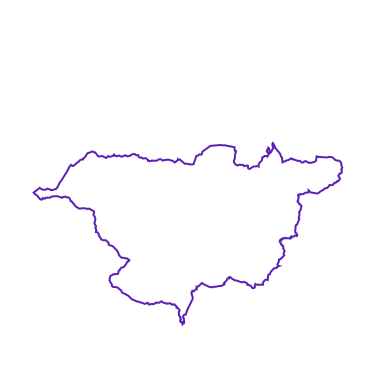 Bisoca, Buzau, Romania (Albers equal-area conic projection), rotated 313°
{"feature_id": "2599482B15447041299262", "entity_name": "Bisoca", "entity_type": "district", "adm_level": 2, "iso_a3": "ROU", "parent_name": "Romania", "parent_adm1": "Buzau", "projection": "albers", "projection_center": [26.695, 45.563], "detail": "fine", "context": "isolated", "style": "outline", "palette": "violet", "viewbox_px": 384, "rotation_deg": 313, "n_neighbors": 0, "source": "geoboundaries", "source_scale": "gbopen_adm2", "svg_char_len": 5962}
<svg xmlns="http://www.w3.org/2000/svg" viewBox="0 0 384 384"><g transform="rotate(313 192 192)"><path d="M227.8,296.0L228.5,296.7L230.4,296.9L231.2,298.7L232.0,298.5L232.5,298.2L233.0,296.7L232.8,295.4L233.3,294.6L238.3,290.6L239.6,291.1L245.5,288.9L245.8,287.7L248.0,286.6L249.9,284.9L250.1,284.1L253.3,283.5L256.4,281.6L256.3,280.5L256.8,279.8L256.3,278.8L256.9,277.7L256.8,276.0L257.7,275.2L258.5,275.4L259.7,274.1L261.1,273.7L261.6,272.0L262.1,271.6L263.3,272.1L263.5,272.7L264.2,272.5L266.3,274.8L268.8,275.3L270.6,277.2L271.4,277.3L272.7,276.1L272.6,279.0L276.2,284.5L276.9,285.0L281.2,285.8L282.6,286.5L285.3,286.7L286.8,288.0L288.6,288.2L291.0,287.8L292.2,289.6L293.2,290.2L294.9,289.9L295.5,290.3L296.1,290.0L297.5,291.1L299.1,290.8L299.7,291.6L302.8,291.2L303.6,288.0L306.3,287.4L307.1,288.3L308.3,288.3L309.7,287.2L310.3,285.7L312.2,285.4L313.2,283.3L315.0,281.4L315.4,278.8L315.0,277.8L313.8,276.6L313.1,274.8L313.3,271.6L312.3,269.6L311.4,268.5L309.6,267.4L308.0,265.6L303.7,260.2L303.1,258.9L299.3,261.4L297.5,261.1L294.0,258.7L292.7,256.9L292.4,254.7L291.6,253.6L289.4,253.1L288.4,252.2L288.3,249.5L287.0,248.5L286.8,247.6L285.4,244.9L285.0,243.4L284.3,243.1L284.3,241.6L280.8,240.6L279.8,239.7L275.4,238.0L278.5,234.4L278.5,233.6L280.2,229.7L281.0,223.1L282.9,218.6L282.9,217.7L282.0,218.0L280.9,219.1L280.2,220.7L280.1,221.7L278.9,221.5L275.2,222.6L274.8,222.3L274.9,220.7L276.4,218.8L276.4,217.6L274.9,218.2L274.7,218.7L274.4,218.2L274.0,218.3L273.7,218.8L272.6,219.1L272.5,220.9L273.4,222.4L271.8,222.2L269.4,223.1L268.8,221.5L267.8,220.4L266.8,220.6L265.0,219.8L264.0,220.9L262.5,221.6L259.5,221.4L257.1,222.3L256.1,223.4L255.8,222.5L252.1,219.3L248.2,218.5L247.6,217.4L247.8,216.5L249.3,215.1L249.0,214.2L246.4,212.5L246.6,210.6L244.9,209.1L244.4,208.1L242.3,207.0L241.8,204.8L242.5,202.1L243.8,201.1L245.8,200.5L247.7,198.7L251.8,196.4L251.3,195.8L251.7,195.3L251.7,194.7L253.7,192.5L248.3,183.8L246.9,182.5L245.5,180.5L238.3,174.0L228.7,172.1L226.7,173.3L225.7,173.4L224.5,171.7L222.7,171.5L221.4,170.6L213.6,174.1L212.7,173.7L210.9,172.0L210.7,171.2L209.9,170.4L209.5,169.3L207.7,167.5L207.5,161.1L206.4,160.3L206.4,159.3L205.5,159.9L201.9,159.2L201.6,156.7L199.9,153.2L199.1,152.1L197.8,151.4L197.3,150.5L195.1,149.3L194.8,147.3L194.3,146.4L192.9,145.3L191.5,145.2L189.7,143.8L187.7,141.3L185.5,140.0L185.4,138.4L184.9,138.3L185.4,137.2L185.3,135.2L183.0,133.3L182.9,131.8L181.7,130.5L181.3,128.9L182.3,127.5L180.8,126.2L180.7,124.4L180.1,123.4L178.3,122.4L175.5,121.7L173.7,119.8L173.8,119.2L173.3,118.1L170.1,116.7L169.3,115.5L169.1,114.0L166.6,112.5L166.4,111.3L165.9,110.7L166.2,109.4L164.4,109.5L162.6,108.5L161.7,107.9L161.1,106.2L158.4,106.1L157.1,101.8L154.3,99.6L154.2,98.4L154.9,94.2L154.7,93.6L154.2,93.3L154.0,92.1L153.4,91.2L151.0,90.3L149.5,89.3L148.2,89.2L144.8,90.0L142.5,89.6L141.6,90.1L141.3,89.5L138.6,88.3L136.9,88.5L134.5,87.8L131.7,87.8L129.6,87.0L129.4,85.0L126.9,85.1L122.1,86.5L111.7,88.6L108.7,88.8L104.3,90.2L101.7,90.5L98.3,88.6L97.1,87.4L97.0,86.3L95.8,83.9L93.9,83.5L92.0,81.4L91.4,79.6L91.2,77.8L83.6,76.6L83.4,79.3L83.9,81.5L83.3,83.3L83.4,84.0L83.1,85.3L83.8,87.3L85.8,87.0L86.4,88.8L88.1,88.9L88.8,89.9L89.6,90.3L90.8,92.0L92.6,92.2L95.6,94.8L97.1,96.4L99.2,100.9L100.4,101.0L100.8,101.7L102.1,102.4L102.6,103.2L102.7,104.2L103.9,105.5L103.8,107.3L102.6,109.5L103.0,109.9L103.1,110.8L102.5,112.7L102.8,114.1L102.3,115.1L102.1,116.7L102.9,120.8L106.7,124.3L107.8,126.4L109.6,128.0L111.0,133.4L110.5,134.3L108.5,135.1L108.1,135.7L107.4,138.2L106.0,140.1L102.5,142.0L101.4,145.3L99.9,145.8L99.0,147.8L97.1,149.1L97.9,150.2L97.9,151.7L97.8,152.3L96.4,153.7L96.5,154.8L95.4,158.2L96.7,160.7L97.7,161.5L98.0,162.3L97.9,165.7L96.7,166.9L96.6,167.5L97.8,169.7L98.3,171.0L98.2,173.2L98.0,176.7L97.6,178.7L95.9,182.1L95.9,185.1L99.1,189.8L99.4,192.7L98.1,193.0L97.1,192.3L96.5,192.3L93.6,193.1L91.1,193.3L90.4,193.2L88.3,191.9L86.3,192.1L85.7,192.5L84.5,192.0L81.9,193.7L80.5,192.9L78.6,190.8L74.8,189.6L71.4,191.6L70.4,193.8L69.8,196.3L68.7,197.5L68.6,198.8L70.6,201.2L71.5,203.3L71.4,204.9L71.8,207.4L70.8,208.8L71.2,211.4L71.6,211.9L72.7,216.1L72.5,221.0L74.4,226.3L75.8,228.7L75.9,229.5L76.7,230.5L78.0,233.8L79.5,234.5L80.0,235.3L80.7,235.2L80.9,236.1L80.4,237.3L80.9,237.9L82.7,238.9L83.6,240.3L87.0,241.5L88.5,243.4L91.3,244.2L91.3,246.2L92.7,248.5L92.9,249.6L93.9,250.1L94.2,250.8L95.6,251.7L96.0,252.9L95.8,253.9L96.5,254.4L96.7,255.1L97.8,255.6L97.7,258.9L96.8,259.6L97.6,261.2L96.8,263.9L94.9,264.3L94.1,265.6L93.1,266.3L92.6,267.8L92.6,269.1L91.4,269.8L91.3,270.7L90.0,270.9L89.3,271.9L89.2,272.3L90.3,273.1L90.3,273.9L89.0,274.6L88.8,275.1L89.7,274.8L90.4,275.6L91.0,275.5L94.1,272.1L94.1,271.1L94.9,270.5L96.6,269.9L98.2,271.0L102.0,269.2L114.3,265.4L115.7,264.0L117.4,260.9L119.1,259.7L120.0,259.7L120.2,260.8L120.6,261.0L123.0,261.0L124.2,261.8L125.8,259.9L126.4,260.7L127.1,260.6L128.0,261.1L132.2,261.3L132.6,263.8L134.5,269.7L136.3,272.0L137.1,272.2L138.6,273.7L142.5,276.6L143.2,277.5L146.0,278.5L146.2,278.0L147.0,277.9L147.3,278.2L147.7,277.4L150.6,277.7L153.2,276.9L154.0,278.0L155.3,277.3L155.8,278.1L155.8,279.8L156.6,283.6L157.6,284.9L159.7,289.7L160.8,290.7L161.5,290.9L162.4,293.0L162.8,295.1L161.9,295.8L163.5,298.7L162.9,301.7L163.8,302.3L163.9,302.8L165.2,302.9L166.7,301.4L167.9,301.1L167.9,301.7L168.4,302.6L169.4,303.5L170.3,305.0L171.3,305.5L172.6,307.1L174.3,305.7L177.0,305.3L179.1,306.5L179.4,307.4L183.2,304.4L184.1,304.3L185.0,305.1L186.9,304.1L192.2,304.0L193.9,305.6L195.3,305.3L197.1,306.1L196.7,305.5L197.4,303.8L200.2,303.0L202.0,301.6L203.2,302.5L208.5,302.7L208.8,301.6L210.2,300.6L211.5,300.3L212.3,299.3L212.9,297.1L214.0,296.3L214.7,295.3L214.6,294.7L214.3,294.5L214.7,293.6L214.4,292.7L215.3,291.3L215.5,289.9L216.9,289.3L217.3,289.2L217.6,290.3L218.8,289.6L219.3,290.3L220.2,290.0L221.2,291.3L222.0,291.3L222.5,292.7L223.5,293.4L225.1,295.8L225.8,295.9L226.5,294.7L226.9,294.7L227.6,295.2L227.8,296.0Z" fill="none" stroke="#5b21b6" stroke-width="2"/></g></svg>